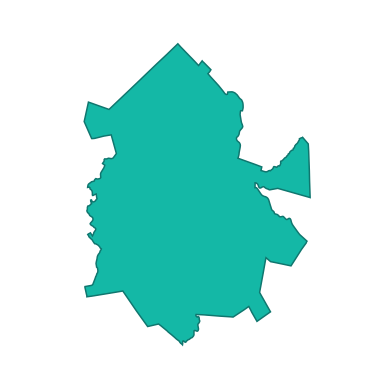 Mavoko, Eastern, Kenya, rotated 169°
{"feature_id": "3690345B67354974829393", "entity_name": "Mavoko", "entity_type": "district", "adm_level": 2, "iso_a3": "KEN", "parent_name": "Kenya", "parent_adm1": "Eastern", "projection": "natural_earth1", "projection_center": [37.054, -1.446], "detail": "fine", "context": "isolated", "style": "filled", "palette": "teal", "viewbox_px": 384, "rotation_deg": 169, "n_neighbors": 0, "source": "geoboundaries", "source_scale": "gbopen_adm2", "svg_char_len": 6039}
<svg xmlns="http://www.w3.org/2000/svg" viewBox="0 0 384 384"><g transform="rotate(169 192 192)"><path d="M89.6,120.2L89.1,121.2L88.5,121.8L94.2,129.4L94.9,130.6L96.1,133.1L99.1,139.6L99.6,140.8L99.9,141.9L100.1,142.9L100.3,145.8L100.5,146.5L100.8,147.1L101.3,147.5L101.9,147.6L102.6,147.4L103.2,147.1L103.8,146.9L104.5,147.0L105.2,147.7L106.4,149.6L107.0,150.5L107.8,150.8L109.4,150.7L110.0,150.8L110.6,151.0L111.1,151.5L111.3,152.1L111.8,152.7L112.2,153.3L112.7,153.7L113.3,154.0L114.6,154.6L115.2,155.5L115.2,156.3L115.5,157.3L116.9,158.9L117.2,160.0L117.8,165.4L118.2,169.5L118.4,170.4L119.0,171.7L119.5,172.3L120.6,173.3L121.8,173.8L123.2,174.8L124.0,175.6L124.7,176.9L125.8,179.5L127.0,182.4L127.4,183.1L127.9,183.8L128.5,184.2L129.3,184.2L128.3,189.0L127.6,188.8L126.9,188.3L126.0,187.1L125.7,185.8L125.6,184.9L125.4,183.9L125.0,183.3L124.6,182.9L123.7,182.9L122.8,183.2L122.1,183.5L121.4,183.6L120.6,183.5L120.1,183.1L119.3,182.1L118.6,181.4L117.2,180.5L116.5,180.2L115.9,179.5L115.2,179.3L107.1,179.2L101.2,176.2L77.1,164.0L74.5,180.3L72.8,190.2L69.7,209.7L68.7,217.0L73.0,224.6L73.6,224.3L74.5,224.3L75.6,224.0L76.4,223.8L76.5,223.1L76.8,222.5L77.9,221.4L78.6,220.4L79.5,219.6L81.1,218.7L81.7,218.1L82.2,217.7L82.7,216.7L83.3,215.8L84.2,215.5L84.5,214.8L84.7,214.2L85.3,213.9L86.2,213.9L87.1,213.4L88.0,212.8L88.6,212.3L88.9,211.6L89.2,211.1L90.1,211.1L90.8,210.0L92.2,209.1L92.8,208.3L94.5,207.7L95.1,207.3L96.0,206.5L96.7,206.1L97.3,205.8L98.1,205.3L99.0,205.3L99.3,204.6L99.4,203.0L100.0,202.3L100.5,201.4L101.1,200.9L101.8,201.2L102.8,201.0L103.5,200.5L104.1,200.1L104.8,200.5L106.0,201.1L106.7,201.3L107.2,201.0L107.5,200.3L108.0,199.9L108.4,199.3L108.9,199.0L109.8,198.7L110.3,198.3L111.1,197.9L111.8,198.3L112.8,198.2L113.8,197.8L114.5,197.6L115.2,197.6L116.1,197.8L118.1,198.8L118.9,199.3L120.2,199.9L118.7,203.3L124.9,207.1L140.5,216.4L140.1,217.0L139.0,219.2L138.6,220.3L138.2,221.7L137.2,224.2L136.5,225.9L136.0,227.3L135.7,228.2L135.6,229.0L135.6,229.7L135.8,230.5L136.1,231.4L137.7,233.4L138.0,234.1L138.2,234.7L138.2,235.5L138.1,236.4L137.7,237.1L136.4,237.8L135.7,238.5L135.3,239.0L134.9,239.5L134.4,240.7L134.1,241.6L133.6,242.7L132.4,243.8L130.8,245.0L130.2,245.7L129.7,246.4L129.7,247.6L129.8,248.5L130.2,250.7L130.2,252.9L130.0,259.0L129.8,259.6L129.1,261.9L128.7,262.5L127.0,262.1L125.8,264.8L125.4,266.7L125.2,268.2L125.1,269.6L125.2,270.7L125.5,272.0L125.7,272.8L126.2,273.5L126.7,274.0L127.2,274.7L127.6,275.3L128.2,276.7L129.2,278.8L130.9,281.0L132.2,282.0L133.6,282.7L136.3,283.1L137.8,283.3L138.6,281.2L139.8,281.2L140.5,281.8L141.1,282.6L142.1,284.8L145.6,291.4L151.7,301.4L153.8,305.1L151.7,306.7L150.1,308.4L152.4,311.9L155.6,316.7L156.6,318.0L157.0,318.8L161.4,314.9L164.6,320.0L171.8,331.0L173.0,332.9L175.7,337.0L177.6,340.2L191.0,331.5L202.0,324.6L216.1,315.5L226.8,308.6L235.4,303.1L257.7,288.9L265.7,293.6L273.6,298.3L276.5,300.0L284.4,281.7L280.3,263.6L279.5,263.4L277.3,263.2L271.5,263.5L268.0,263.7L260.4,263.5L258.9,244.2L260.9,242.3L262.1,241.2L262.7,240.6L263.4,240.3L264.4,240.1L265.3,240.3L266.3,240.7L267.5,241.1L268.3,241.0L269.1,240.8L270.0,240.8L271.3,241.2L272.0,240.7L272.2,239.8L272.4,239.1L272.8,238.5L273.4,238.1L274.4,237.0L272.5,235.0L273.0,234.0L273.7,232.8L277.6,228.5L278.0,227.9L278.4,227.0L278.5,226.2L278.8,223.6L279.4,223.0L280.1,222.8L280.8,222.7L282.5,222.8L283.8,223.5L284.7,223.0L285.4,222.4L285.8,221.5L286.8,221.3L287.7,221.3L288.7,221.2L290.0,220.5L290.6,220.3L291.9,219.6L292.4,219.2L292.8,218.5L293.4,217.1L293.6,216.4L292.1,216.4L291.4,215.8L291.5,214.5L290.5,213.3L290.2,212.7L289.9,211.7L290.0,209.9L290.3,208.7L290.3,207.6L289.4,207.5L288.5,207.9L287.3,208.2L286.4,208.3L286.6,204.9L286.5,203.5L287.4,202.9L288.7,201.6L289.8,201.2L290.7,201.1L291.3,201.2L291.8,201.8L292.2,203.4L293.0,203.4L293.2,202.3L292.8,199.7L293.5,199.5L294.0,199.1L295.1,198.3L295.9,198.1L296.9,198.1L297.6,197.0L297.8,196.0L298.1,194.8L298.5,194.2L298.8,193.5L298.5,192.0L298.0,191.1L297.5,190.6L296.9,188.6L296.4,187.9L294.9,186.5L294.4,185.6L294.3,184.6L294.5,183.7L295.0,183.0L295.7,182.3L296.6,181.6L297.3,181.1L298.0,180.4L297.9,179.5L297.3,178.7L296.8,178.2L295.7,177.3L294.8,175.8L294.0,175.2L293.5,174.4L293.7,173.5L294.1,172.9L294.5,172.5L295.1,172.0L296.1,170.9L296.4,170.3L296.7,169.7L298.1,167.8L299.5,171.3L302.0,170.5L302.5,170.1L301.9,169.0L301.7,167.7L301.3,167.0L300.8,166.5L300.5,165.7L299.7,164.9L299.2,164.2L298.9,163.2L298.6,162.6L298.0,161.0L297.4,159.8L296.1,159.4L295.8,158.9L295.1,158.5L294.6,158.0L294.1,157.4L293.2,156.0L292.9,155.2L292.7,154.5L292.2,153.9L291.8,153.5L292.1,152.9L292.8,152.2L293.4,151.6L293.7,151.0L294.3,150.0L295.0,149.3L295.8,148.7L297.0,147.1L297.4,146.3L298.0,144.5L299.1,142.1L299.8,140.3L299.9,138.8L299.9,137.6L300.0,136.5L299.3,135.5L299.3,134.0L299.4,132.6L299.7,131.7L300.1,130.7L300.8,130.2L301.7,128.6L302.0,128.0L302.5,127.5L302.9,126.9L303.3,126.1L304.4,124.3L307.0,120.2L307.8,119.7L308.6,119.5L315.1,119.6L315.3,118.8L315.1,111.7L315.0,110.4L315.2,109.2L310.0,108.9L286.6,108.2L278.8,108.0L269.2,85.8L261.2,68.4L250.0,68.8L247.7,66.2L246.4,64.6L244.5,62.3L243.1,60.6L242.6,59.9L242.1,59.1L241.7,58.6L239.4,55.9L236.8,52.6L235.5,50.8L233.6,48.7L232.9,47.9L232.7,47.1L232.0,45.7L231.5,45.2L231.0,44.6L230.5,43.8L230.1,44.9L229.9,45.9L229.6,47.3L228.6,47.4L227.4,45.8L226.6,45.9L226.0,46.6L224.0,47.7L223.1,47.8L222.5,48.0L221.8,48.4L221.1,48.8L219.9,49.0L219.2,49.4L218.6,49.9L217.8,50.6L217.3,51.5L217.0,53.2L216.8,54.2L216.4,55.4L215.6,55.6L213.8,54.5L213.1,54.4L212.5,54.8L211.9,55.8L211.7,56.4L211.7,57.3L211.7,58.6L211.7,59.7L211.6,60.7L211.0,61.5L210.3,62.0L209.7,62.7L209.2,63.4L209.0,64.0L209.1,64.8L209.2,65.7L209.0,66.6L209.0,67.8L209.8,68.6L210.5,68.2L211.2,68.6L211.6,69.3L211.8,70.1L211.4,71.0L204.0,69.2L188.2,64.8L178.3,62.2L175.5,61.4L163.4,66.4L158.1,68.8L156.8,64.6L156.4,62.9L152.9,52.6L137.8,59.4L143.8,77.4L144.8,80.5L137.5,99.1L132.4,112.3L131.9,113.4L128.1,108.6L125.8,107.7L116.7,103.9L108.9,100.6L102.7,107.1L95.4,114.8L89.6,120.2Z" fill="#14b8a6" stroke="#0f766e" stroke-width="1.5"/></g></svg>